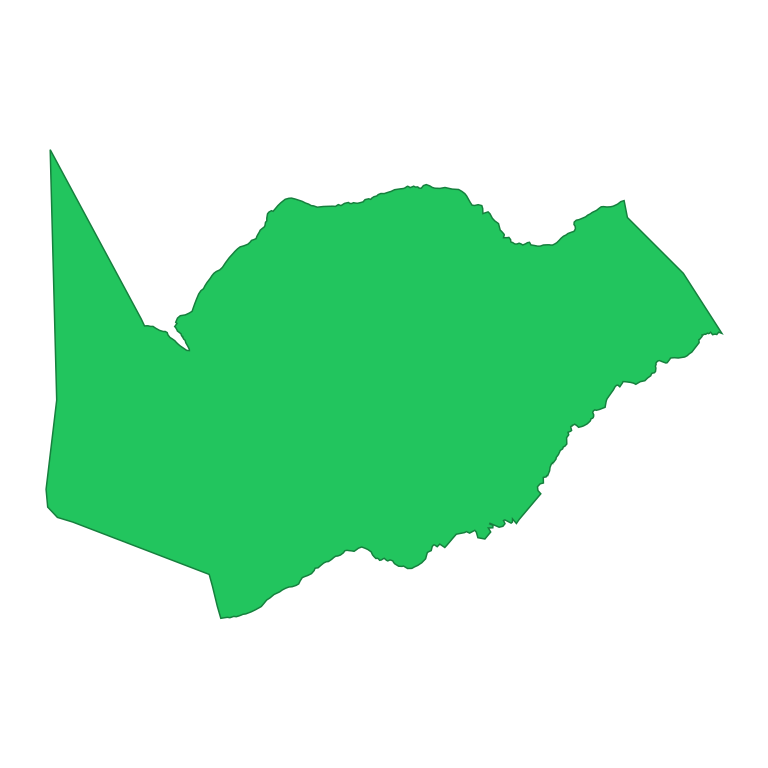 Santa María Ixcatlán, Oaxaca, Mexico (Mercator projection)
{"feature_id": "50627088B99322649142684", "entity_name": "Santa María Ixcatlán", "entity_type": "district", "adm_level": 2, "iso_a3": "MEX", "parent_name": "Mexico", "parent_adm1": "Oaxaca", "projection": "mercator", "projection_center": [-97.133, 17.85], "detail": "fine", "context": "isolated", "style": "filled", "palette": "green", "viewbox_px": 768, "rotation_deg": 0, "n_neighbors": 0, "source": "geoboundaries", "source_scale": "gbopen_adm2", "svg_char_len": 5825}
<svg xmlns="http://www.w3.org/2000/svg" viewBox="0 0 768 768"><path d="M721.9,333.4L683.3,273.3L627.4,217.5L624.1,200.6L620.9,201.6L617.5,204.2L613.2,206.2L610.5,206.8L606.9,207.0L603.5,206.6L601.2,206.8L599.5,208.0L596.5,210.4L594.6,211.3L592.3,212.4L590.2,213.9L587.6,215.2L585.7,216.8L582.7,218.1L579.1,219.6L576.3,220.2L574.2,222.1L574.0,224.5L575.2,226.4L575.4,228.7L574.4,230.9L573.1,231.7L571.7,232.1L568.0,233.5L566.0,235.0L563.5,236.2L561.0,238.3L559.3,240.2L556.8,242.7L554.5,244.1L552.4,245.1L550.5,245.0L549.2,244.8L547.6,244.8L543.4,245.0L540.3,246.1L537.8,246.2L534.4,245.5L530.9,244.9L529.5,242.3L527.4,242.7L525.8,243.7L522.8,245.0L520.8,243.8L519.1,243.2L517.0,244.0L515.1,244.0L513.7,243.3L512.7,242.5L511.2,242.2L510.8,241.6L510.6,239.6L508.9,237.4L507.0,237.7L503.5,237.7L503.9,236.0L504.3,234.9L503.8,233.9L502.5,232.4L501.2,231.0L500.2,230.1L499.5,227.4L498.5,223.6L494.8,220.9L492.3,218.2L490.0,213.8L488.1,211.9L485.3,212.8L482.9,213.6L482.7,208.5L481.8,205.6L478.2,204.7L474.6,205.5L472.1,205.2L470.3,202.5L468.6,199.5L466.6,195.9L464.8,193.6L461.9,191.4L458.6,189.5L452.2,189.1L445.0,187.5L440.0,188.4L434.8,188.2L432.2,187.4L429.8,185.9L426.3,184.6L423.4,185.6L421.3,188.2L419.3,188.2L417.7,186.9L415.5,187.1L413.7,186.2L411.8,187.0L410.0,187.6L408.6,186.6L407.4,186.3L404.8,188.0L403.4,188.5L400.8,188.8L398.0,189.2L394.6,189.7L391.1,191.4L388.1,192.3L384.2,193.6L380.9,193.5L378.2,194.6L376.7,196.0L374.0,196.7L371.8,198.1L370.7,199.4L368.7,198.8L365.1,199.6L363.0,201.9L359.7,202.8L357.4,203.3L355.7,203.1L353.4,202.7L351.9,203.5L349.7,203.5L348.6,202.5L347.4,202.7L344.5,203.4L341.0,205.6L338.3,204.6L335.5,206.4L333.0,206.2L329.1,206.3L323.3,206.5L317.3,207.2L313.7,205.9L311.2,205.6L308.6,204.1L305.4,203.0L303.9,202.2L302.1,201.3L295.4,199.1L291.5,198.1L288.8,198.3L285.2,199.3L280.9,202.7L277.9,205.6L274.8,209.3L273.1,211.3L271.4,210.7L268.8,212.2L267.5,213.9L266.8,218.1L266.8,220.9L265.5,222.3L265.0,225.5L264.4,226.8L262.1,228.6L260.2,230.2L259.2,232.3L258.1,234.1L256.8,236.5L256.1,238.6L254.1,239.5L251.5,240.4L250.0,242.3L247.9,244.2L243.9,245.8L240.1,246.9L237.6,248.8L234.9,251.4L232.6,254.0L229.4,257.5L225.6,262.6L222.5,267.3L219.8,269.9L216.3,271.5L213.9,273.3L212.0,275.6L210.2,278.4L207.1,282.4L205.0,285.7L203.5,288.7L200.9,290.7L198.7,294.0L196.5,299.2L194.8,303.6L193.2,308.1L192.1,311.3L189.4,313.0L185.3,314.9L180.3,315.7L177.5,318.1L175.7,322.3L177.0,323.4L174.7,326.6L175.5,327.3L177.1,330.1L177.3,330.9L181.0,333.8L181.4,335.3L182.3,336.7L182.7,336.6L182.9,337.6L183.8,339.2L185.1,340.3L185.8,342.8L187.9,346.4L189.3,349.2L189.4,350.6L186.7,350.4L182.8,347.7L180.3,346.0L178.3,344.3L176.4,342.5L174.8,340.7L172.1,338.8L169.9,337.4L167.9,334.8L167.2,332.6L165.3,331.5L163.2,331.5L159.6,330.4L155.8,328.3L153.0,326.4L150.5,326.4L147.9,325.8L144.5,325.9L141.2,318.9L50.2,149.7L56.7,400.1L46.1,489.1L46.1,489.6L47.7,507.1L57.4,517.4L72.6,522.0L209.2,574.4L212.5,586.4L217.3,606.2L220.8,618.3L227.3,617.3L229.9,617.7L233.7,616.4L236.3,616.7L239.0,615.9L241.4,615.0L242.9,614.3L245.8,613.9L251.3,611.8L255.6,609.7L261.3,606.5L263.7,603.7L266.7,600.0L270.1,597.8L274.0,594.5L279.6,591.9L282.4,589.9L285.5,588.3L288.9,587.0L292.2,586.7L296.1,585.4L298.7,583.9L300.2,580.8L302.3,577.6L304.9,576.5L307.7,575.5L311.5,573.6L314.1,570.6L315.1,568.2L316.6,568.0L318.1,567.8L320.8,565.4L323.6,563.1L326.1,561.8L328.5,561.5L331.6,559.4L333.9,557.4L335.7,556.2L337.7,556.0L340.5,555.0L343.4,552.8L344.9,550.7L347.0,550.3L349.0,550.6L351.9,550.9L354.1,551.3L356.3,549.8L358.4,548.2L361.7,547.0L365.2,548.3L368.0,549.6L371.2,551.9L372.5,554.8L374.0,556.6L375.9,558.5L377.4,558.3L378.5,558.8L379.6,560.3L381.5,559.9L382.6,559.1L384.2,558.3L386.5,560.3L387.8,560.9L390.0,559.9L392.7,560.8L393.6,562.4L394.6,563.7L398.6,566.2L402.1,566.4L403.4,566.0L405.6,567.3L407.6,568.5L411.8,568.4L414.5,566.9L417.8,565.4L420.0,563.9L421.7,562.8L421.9,562.6L425.6,558.8L427.2,552.9L428.1,552.0L431.2,550.6L432.2,546.6L433.5,545.0L434.5,544.9L437.2,546.7L439.8,544.1L444.8,547.5L446.9,545.2L453.0,538.0L456.3,534.2L464.5,532.6L466.4,531.6L469.6,533.1L474.8,530.3L476.3,532.1L477.9,537.7L484.9,539.0L490.7,532.0L488.9,528.9L488.3,528.0L492.8,527.8L493.0,525.3L489.7,523.9L490.0,523.3L494.5,525.2L499.1,527.2L502.9,526.3L505.0,523.7L503.5,520.5L504.9,519.9L511.1,523.1L512.4,522.1L512.5,518.9L516.4,523.5L517.4,522.0L519.2,519.4L540.8,493.8L537.9,490.5L537.5,486.7L540.2,483.8L543.4,483.0L543.3,477.4L546.1,476.9L546.8,475.6L547.6,475.7L549.6,470.8L550.0,467.5L551.2,464.4L551.9,463.5L552.7,463.5L552.6,462.6L553.7,462.2L556.0,459.1L556.2,457.5L558.4,454.6L560.3,450.4L562.6,448.9L563.3,447.0L564.9,446.2L566.8,444.0L566.6,437.7L568.7,434.8L568.0,432.3L570.7,431.2L571.6,430.4L570.8,427.4L570.7,426.7L571.3,426.2L572.1,426.0L572.4,425.2L573.4,425.0L574.7,424.2L576.8,425.6L578.6,427.3L581.8,426.5L583.5,425.9L587.0,424.0L588.6,422.6L589.4,421.8L590.3,420.9L591.1,418.7L592.2,418.4L593.1,417.7L593.6,416.5L593.7,414.8L592.7,412.5L593.3,411.0L594.8,409.8L596.2,410.3L599.4,409.5L605.1,407.3L606.1,401.6L606.6,399.9L607.2,398.6L613.5,389.7L614.9,387.0L616.4,385.4L617.9,385.1L619.0,386.1L619.8,386.8L622.4,383.0L623.1,381.6L626.0,381.8L630.6,382.4L633.7,383.2L635.8,384.3L640.2,381.7L644.9,380.7L647.6,378.0L650.8,375.7L651.1,374.7L651.9,373.3L654.5,372.7L655.5,371.4L655.9,368.1L655.4,366.2L656.1,364.4L655.9,363.2L656.8,361.9L658.2,360.8L659.7,360.6L661.8,361.5L665.9,363.0L667.2,362.7L668.4,361.1L669.8,359.3L670.4,358.2L671.5,357.9L674.4,357.7L678.3,358.0L684.7,357.0L687.2,355.7L689.4,353.7L691.8,352.1L699.1,342.7L698.9,339.6L699.7,339.3L700.5,338.3L702.1,336.4L702.1,334.9L703.4,334.9L704.2,334.2L705.7,334.3L707.3,333.2L708.6,333.6L709.4,333.3L710.6,332.2L712.6,334.7L715.0,334.1L716.8,334.5L718.0,333.0L718.6,332.4L718.7,332.2L721.9,333.4Z" fill="#22c55e" stroke="#15803d" stroke-width="1.5"/></svg>